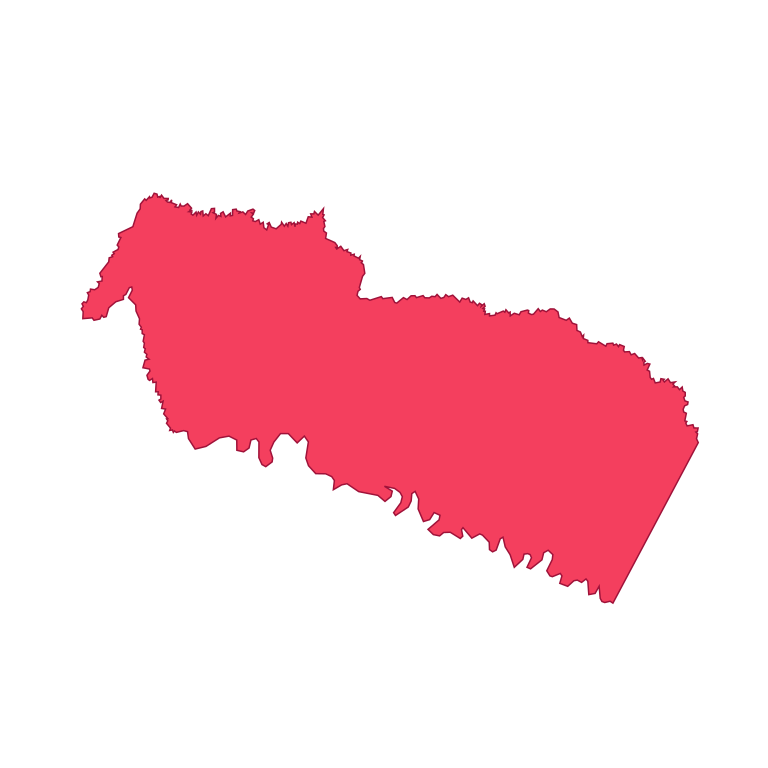 outline of Mapiripán, Meta, Colombia, rotated 28°
{"feature_id": "7082276B47302113121733", "entity_name": "Mapiripán", "entity_type": "district", "adm_level": 2, "iso_a3": "COL", "parent_name": "Colombia", "parent_adm1": "Meta", "projection": "natural_earth1", "projection_center": [-72.385, 3.106], "detail": "fine", "context": "isolated", "style": "filled", "palette": "rose", "viewbox_px": 768, "rotation_deg": 28, "n_neighbors": 0, "source": "geoboundaries", "source_scale": "gbopen_adm2", "svg_char_len": 6120}
<svg xmlns="http://www.w3.org/2000/svg" viewBox="0 0 768 768"><g transform="rotate(28 384 384)"><path d="M91.5,323.5L91.5,328.0L89.9,329.6L89.0,328.7L87.8,333.5L85.8,332.9L84.5,339.6L86.5,343.8L85.8,349.1L88.4,363.0L79.0,375.8L80.8,378.7L82.9,378.2L83.2,386.6L85.5,387.5L86.0,390.1L82.9,394.8L84.6,395.6L83.2,398.1L84.6,399.0L82.1,401.6L83.6,405.4L81.1,419.6L83.7,422.2L84.8,421.4L86.6,425.5L83.1,428.3L85.4,429.0L86.3,432.9L84.3,436.6L80.3,438.0L81.2,440.4L79.2,442.6L81.5,444.1L83.0,448.8L83.0,451.9L80.4,452.4L79.7,455.0L82.1,456.6L81.5,459.7L84.4,461.3L87.4,467.7L95.3,462.6L98.0,463.9L102.6,460.0L102.6,455.8L105.2,456.7L107.1,454.9L105.2,445.9L108.6,437.3L114.2,431.6L112.5,428.4L114.0,426.1L113.9,418.5L115.7,416.8L117.7,419.3L117.9,427.7L127.6,430.7L130.8,436.0L137.5,441.2L139.7,446.2L143.1,447.8L143.3,449.9L145.1,449.7L146.8,453.0L149.3,453.0L151.3,459.4L153.2,460.3L154.7,464.6L156.6,464.9L157.5,468.4L160.7,469.1L161.3,471.8L164.9,472.4L161.8,475.1L163.5,482.8L169.9,480.9L171.3,482.4L170.6,487.6L173.5,490.6L175.3,490.9L177.0,487.9L179.3,491.2L182.0,489.3L186.0,498.1L188.3,496.9L189.5,499.7L192.2,498.6L194.0,502.0L192.9,503.9L195.5,505.2L197.0,502.9L199.1,510.0L202.9,508.7L203.5,513.8L209.4,516.1L208.4,516.9L210.4,518.0L210.4,520.8L216.2,523.2L216.6,525.6L218.8,523.9L220.7,525.6L221.0,523.9L223.4,524.2L229.0,519.2L232.9,518.3L237.0,524.0L247.8,530.1L256.1,522.7L264.0,508.8L271.6,502.8L280.3,502.6L285.2,511.6L291.9,509.8L294.9,503.9L292.8,495.9L296.8,492.1L300.8,493.9L308.1,507.8L314.1,512.4L318.4,512.5L321.8,505.3L320.5,501.7L314.6,495.9L314.0,487.0L315.9,476.4L322.8,472.7L335.0,476.8L338.1,467.4L344.4,470.6L349.7,486.0L355.7,491.6L365.8,495.2L374.6,490.7L381.3,490.3L385.5,492.5L388.9,501.1L394.0,492.9L398.2,489.4L412.2,490.9L430.9,485.2L440.0,487.2L443.0,480.1L441.6,474.7L432.4,474.1L442.4,471.2L449.1,472.2L453.1,474.9L454.6,481.0L452.9,493.1L455.9,494.7L463.2,481.2L462.9,474.5L460.0,467.7L461.9,464.2L468.6,469.2L472.8,478.3L483.4,486.9L488.0,482.3L488.6,474.0L495.1,473.6L496.4,478.1L491.1,491.7L498.3,493.8L504.4,492.0L506.4,487.1L512.1,483.8L523.9,484.6L525.0,481.4L520.8,476.2L521.2,473.8L533.9,478.9L538.9,471.4L542.0,471.2L551.2,474.3L554.9,480.7L558.7,481.2L561.0,478.0L559.3,466.1L561.0,463.4L567.5,470.9L575.5,475.5L585.1,484.7L588.9,473.7L587.5,468.5L590.5,466.3L593.1,466.0L595.8,468.2L596.3,478.7L600.2,478.4L606.0,465.1L604.2,458.0L607.0,453.7L613.2,455.4L615.0,460.1L615.4,472.5L620.6,475.5L623.1,475.1L628.6,468.5L631.2,469.9L632.8,477.5L641.2,476.4L644.0,468.6L646.7,466.4L651.6,466.4L653.9,461.3L656.6,462.5L663.7,473.8L668.7,469.8L668.9,461.6L675.6,471.8L678.5,473.7L681.5,473.3L685.6,469.7L689.0,470.0L689.0,288.2L685.6,285.6L684.3,280.7L681.9,280.0L683.0,278.8L682.0,275.4L678.3,277.3L675.9,274.9L671.3,278.7L668.8,276.8L669.0,274.9L666.9,275.3L664.7,267.9L661.7,268.0L660.0,265.8L659.7,262.1L661.7,259.6L660.9,257.1L657.6,257.6L654.9,255.1L655.6,253.1L653.9,250.0L651.2,249.9L648.7,246.7L647.5,250.3L644.4,248.8L641.1,250.5L641.6,249.4L639.1,248.4L640.1,245.5L636.3,248.3L632.4,246.1L630.6,250.6L628.8,249.7L629.2,248.3L626.0,249.3L626.9,252.6L623.0,255.7L619.3,252.6L618.1,254.2L616.0,253.3L612.5,248.1L609.8,248.1L609.4,241.6L606.8,242.2L604.7,245.2L603.2,242.8L604.0,241.3L600.6,239.7L600.9,241.2L599.2,239.6L596.6,241.5L591.0,239.4L588.5,242.2L585.5,240.2L581.4,242.7L579.6,241.8L578.5,238.1L573.5,238.6L573.5,240.9L570.5,239.6L568.5,241.9L566.9,240.5L562.0,243.7L562.1,246.5L553.6,246.0L553.0,248.6L544.6,251.8L543.5,249.8L538.6,250.3L537.3,247.2L536.8,249.1L533.0,245.9L529.2,246.1L526.2,241.1L521.7,241.9L516.7,238.8L515.0,242.2L507.4,243.1L503.8,238.7L499.0,237.9L495.5,239.7L493.4,244.0L489.1,244.4L488.0,246.6L484.8,245.1L483.2,252.2L481.5,253.5L478.2,253.6L477.3,251.2L475.9,251.4L471.0,255.9L470.9,259.4L465.8,260.4L463.5,264.6L461.6,261.3L460.7,262.7L456.8,261.2L457.0,263.9L455.1,263.6L450.8,268.9L449.5,268.5L449.7,271.1L445.2,274.3L444.1,272.3L440.4,275.2L439.3,272.2L437.9,272.9L437.5,270.4L435.9,270.9L436.8,267.9L434.8,266.1L433.4,269.7L433.1,268.1L430.4,267.9L429.8,270.9L423.7,268.8L423.8,270.7L421.6,271.2L418.2,268.2L416.6,270.9L412.7,271.5L412.4,276.1L403.0,273.3L400.0,276.6L396.6,276.1L396.2,279.5L394.0,281.7L388.8,280.0L388.1,282.9L385.0,284.1L383.6,286.7L379.6,288.7L377.0,287.6L372.1,292.5L369.9,291.5L366.5,293.4L364.7,298.6L360.6,298.6L357.3,306.6L355.2,307.0L350.6,303.7L342.9,309.2L340.6,308.1L332.2,316.7L328.7,316.6L323.0,320.0L318.6,318.4L317.5,314.4L318.6,311.6L316.9,310.4L314.5,299.0L315.1,295.3L309.8,288.2L307.0,287.6L307.4,286.1L307.2,285.5L304.1,285.7L303.1,282.5L302.4,284.9L297.4,285.0L296.8,283.4L294.2,285.8L293.3,283.9L289.2,284.5L288.8,282.3L286.0,285.1L281.2,282.7L278.9,287.0L277.2,286.1L278.5,285.2L277.7,283.8L274.2,282.2L264.1,282.9L262.3,277.7L259.1,277.3L257.6,275.2L257.9,272.7L254.5,268.7L255.6,267.4L251.6,265.8L251.7,262.8L250.3,262.9L248.2,257.6L246.6,265.8L241.6,264.3L242.2,266.7L239.4,268.2L242.0,270.5L238.6,271.9L239.6,278.7L234.1,279.2L234.3,281.9L231.8,281.7L232.5,283.5L230.6,284.3L231.6,287.0L228.9,283.7L227.5,286.7L225.9,284.9L224.0,286.4L225.0,289.8L222.3,288.2L221.9,291.5L217.6,289.2L218.3,291.3L215.9,297.6L210.8,298.4L206.8,295.3L205.7,297.4L207.3,297.5L208.1,303.0L204.6,302.4L201.4,297.9L199.7,301.0L196.3,297.7L194.1,301.0L191.5,301.5L191.1,299.4L188.4,299.0L188.9,295.5L187.1,295.0L188.7,294.5L188.4,291.5L186.2,291.1L182.5,295.2L182.2,299.3L178.6,298.3L175.8,301.1L175.9,299.4L173.0,300.3L171.4,299.0L168.5,301.1L171.1,306.3L169.3,307.7L168.2,305.3L165.7,310.8L161.1,307.5L159.6,310.1L161.3,312.6L158.6,312.9L157.8,316.6L156.4,312.9L152.6,313.0L153.6,311.7L151.9,308.5L149.3,310.2L149.8,317.9L146.8,317.3L145.5,320.5L142.7,316.3L141.4,317.7L142.2,320.2L139.3,319.2L139.4,322.9L137.3,320.4L136.0,324.7L134.0,324.4L133.6,322.3L130.9,323.4L132.4,321.1L131.0,321.4L131.5,319.1L125.9,317.0L123.9,320.8L121.4,322.1L119.6,320.8L119.8,324.6L116.3,325.7L116.7,323.1L111.1,323.7L110.1,321.1L109.7,324.2L107.4,325.0L105.4,324.4L106.9,322.8L106.4,321.5L102.6,323.4L98.9,321.7L98.8,325.0L98.2,323.5L96.5,325.2L94.4,322.9L91.5,323.5Z" fill="#f43f5e" stroke="#9f1239" stroke-width="1.5"/></g></svg>